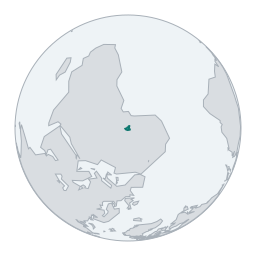 the Earth from above Sokoto, rotated 186°
{"feature_id": "NGA-2871", "entity_name": "Sokoto", "entity_type": "State", "adm_level": 1, "iso_a3": "NGA", "parent_name": "Nigeria", "parent_adm1": "", "projection": "orthographic", "projection_center": [5.256, 12.709], "detail": "fine", "context": "on_globe", "style": "filled", "palette": "teal", "viewbox_px": 256, "rotation_deg": 186, "n_neighbors": 0, "source": "natural_earth", "source_scale": "10m", "svg_char_len": 8971}
<svg xmlns="http://www.w3.org/2000/svg" viewBox="0 0 256 256"><g transform="rotate(186 128 128)"><circle cx="128" cy="128" r="113" fill="#eef3f6" stroke="#a8b0b8"/><path d="M97.6,19.5L88.5,22.7L90.4,22.1L87.0,23.7L87.9,23.7L85.4,24.7L88.3,23.9L90.4,23.0L92.4,22.4L93.2,22.4L90.1,23.6L89.3,23.8L88.8,24.2L86.9,24.9L88.2,24.6L84.4,26.3L89.3,24.7L87.1,26.2L84.3,27.3L83.2,27.0L74.0,30.0L70.8,31.7L67.3,34.0L63.7,38.4L60.7,40.6L57.7,43.7L59.9,42.4L63.1,39.6L66.5,38.3L70.0,35.4L71.9,34.6L76.0,32.0L76.8,32.8L75.4,35.0L72.0,37.3L71.3,38.4L75.7,36.7L70.5,41.9L69.1,47.1L67.6,48.6L62.6,50.2L59.6,48.5L53.1,51.9L58.7,50.2L54.9,54.6L54.9,55.7L55.9,55.9L58.0,54.6L56.9,56.3L51.0,58.3L51.8,56.7L53.7,56.0L52.3,55.4L48.2,57.3L46.6,59.7L42.2,61.2L41.0,63.0L39.4,64.6L41.6,61.4L37.5,67.3L32.1,71.9L26.4,82.9L30.4,73.6L30.9,71.8L31.0,71.0L30.0,72.7L30.8,71.1L35.4,63.8L40.6,56.9L46.3,50.4L52.5,44.4L59.2,38.8L66.2,33.8L73.6,29.4L81.3,25.5L89.3,22.2L97.6,19.5ZM23.3,86.4L23.3,86.7L20.4,94.7L23.3,86.4ZM19.9,96.5L19.4,99.6L17.5,107.2L16.9,111.9L17.4,111.9L17.7,114.9L19.1,111.0L20.8,109.8L19.6,116.2L21.5,111.0L21.9,114.8L26.0,117.0L25.4,118.3L28.7,128.0L34.2,133.6L35.5,138.8L34.7,141.4L37.0,143.1L37.1,145.0L48.1,150.9L55.2,157.2L55.9,163.8L51.9,170.2L52.6,185.0L46.5,187.8L47.9,193.5L48.3,200.6L44.2,198.4L48.4,203.3L48.7,205.1L46.9,204.3L49.2,207.1L48.0,206.5L50.7,208.9L52.8,211.6L56.8,215.1L59.1,217.1L52.7,211.8L46.8,206.0L46.6,205.9L43.0,202.0L39.9,198.2L35.5,191.7L25.4,171.0L23.4,166.2L20.3,159.4L16.2,141.2L15.9,135.2L15.6,131.7L16.6,123.9L17.3,114.9L17.2,113.2L16.5,115.8L17.1,108.7L18.5,101.6L18.6,101.2L19.9,96.5ZM24.7,86.5L24.1,94.2L22.8,93.5L23.4,92.8L23.8,90.0L24.2,86.9L23.5,86.9L24.7,86.5ZM28.0,81.5L28.0,80.7L28.2,81.0L28.0,81.5ZM75.3,31.9L75.6,31.9L74.7,32.4L75.3,31.9ZM76.8,30.7L75.4,31.2L75.9,30.7L76.7,30.5L76.8,30.7ZM78.3,30.4L77.0,29.9L77.9,29.2L81.7,27.6L78.3,30.4ZM90.8,22.7L88.6,23.7L89.7,22.9L90.8,22.7ZM91.1,22.4L91.8,21.4L95.5,20.2L94.5,20.6L98.7,19.3L100.1,19.1L98.1,19.9L95.5,20.6L98.0,20.0L91.1,22.4ZM93.3,22.1L93.2,21.9L96.3,20.8L97.3,21.0L95.9,21.3L93.3,22.1ZM99.1,19.1L101.6,18.5L103.5,18.1L104.7,17.9L100.5,19.1L99.1,19.1ZM95.6,21.5L97.7,21.2L96.8,21.8L93.7,22.2L95.6,21.5ZM96.8,20.5L98.3,20.0L97.7,20.3L96.8,20.5ZM95.1,24.1L94.8,23.7L96.4,23.0L95.1,24.1ZM98.5,21.0L98.7,20.8L99.4,20.6L100.5,20.5L98.5,21.0ZM102.1,18.8L102.3,18.9L103.9,18.3L105.3,18.2L102.3,19.1L104.2,18.7L104.6,18.6L101.6,19.4L102.1,18.8ZM103.5,19.7L100.1,21.1L100.3,21.9L98.8,22.5L98.8,21.1L103.5,19.7ZM102.7,19.4L102.9,19.7L101.0,20.1L99.7,20.2L102.7,19.4ZM107.4,17.9L106.0,17.8L106.7,17.7L107.4,17.9ZM103.9,19.8L104.8,19.5L104.2,19.8L103.9,19.8ZM106.8,18.3L106.2,18.3L107.0,18.1L106.8,18.3ZM106.9,19.0L105.8,19.4L104.9,19.4L106.9,19.0ZM107.1,18.6L108.4,18.4L105.2,19.2L106.7,18.6L107.1,18.6ZM107.7,18.2L108.0,18.0L107.8,18.2L107.7,18.2ZM111.0,18.9L107.2,19.9L105.1,19.9L109.2,18.9L111.0,18.9ZM64.5,221.0L66.7,222.5L66.8,222.6L64.5,221.0ZM64.2,220.5L64.5,220.4L65.6,221.0L65.6,221.3L64.2,220.5ZM152.9,18.1L152.5,18.1L151.4,17.8L150.9,17.7L152.9,18.1ZM237.5,101.7L235.7,95.2L236.2,98.1L235.0,94.0L231.6,87.0L231.7,91.1L232.7,104.0L234.8,114.7L234.3,120.2L228.6,106.5L224.8,96.9L223.5,98.5L217.1,91.6L208.1,94.0L206.2,91.7L204.6,93.4L199.9,91.8L196.7,88.0L194.2,88.9L202.7,98.8L205.3,98.0L206.5,93.1L208.5,96.9L212.9,99.6L210.4,110.7L196.0,123.0L193.5,115.1L176.8,95.4L176.6,92.9L176.5,92.6L176.2,92.2L175.9,96.3L172.6,92.4L182.7,106.4L184.9,112.8L195.8,123.5L195.1,124.9L198.2,126.9L207.1,122.0L207.3,124.7L203.9,138.1L190.7,157.4L191.8,168.4L189.8,178.0L180.2,185.5L179.7,192.5L174.6,195.5L173.3,199.5L168.4,204.1L160.8,208.6L149.2,209.6L149.5,206.2L145.3,199.8L140.0,183.1L144.0,174.9L143.5,168.6L135.0,154.9L136.9,146.8L134.4,143.5L129.3,144.5L126.2,140.6L123.0,140.6L102.3,143.7L95.4,138.4L85.6,122.1L88.9,115.8L88.5,108.3L110.3,83.5L116.1,84.8L134.6,81.0L137.2,81.7L136.3,87.4L151.3,93.4L154.5,88.4L166.8,91.1L174.1,90.1L174.4,79.5L162.4,80.8L159.0,76.0L167.6,70.7L177.9,70.1L176.9,68.3L169.3,64.9L170.6,61.3L166.6,63.5L169.0,65.1L166.6,66.7L164.2,65.4L164.7,64.0L161.3,63.6L159.6,70.5L161.9,73.0L153.7,75.0L156.7,79.4L154.9,81.8L149.0,75.3L148.7,72.8L138.8,66.4L138.3,69.2L147.7,75.6L145.3,75.2L144.7,79.6L143.2,76.0L133.1,68.8L124.9,71.0L116.4,82.1L111.2,83.2L106.0,81.3L107.2,70.6L118.6,69.3L119.2,66.0L115.3,61.6L119.1,61.8L118.9,60.0L123.1,59.5L127.4,55.0L131.3,54.4L131.5,49.2L133.6,48.3L132.9,51.5L134.6,53.6L144.3,52.6L145.7,51.4L145.1,48.2L147.8,48.6L145.9,45.7L150.8,44.1L143.2,43.8L142.2,40.7L144.3,38.1L142.6,37.2L139.2,41.4L139.1,43.2L141.1,44.8L139.6,50.4L136.6,51.6L133.1,45.9L128.4,47.1L127.8,42.7L137.4,33.2L142.1,31.4L153.3,34.2L153.0,36.1L148.9,35.8L154.1,38.7L153.0,37.1L155.3,37.6L155.0,35.2L156.6,35.4L153.4,32.8L155.4,32.9L157.3,34.5L158.4,31.4L162.0,31.2L161.5,30.5L159.9,29.7L165.5,30.2L164.9,29.7L162.8,29.2L160.2,27.9L157.7,26.0L159.8,26.3L161.0,27.0L166.5,29.2L169.3,31.4L169.9,31.4L168.0,29.5L161.2,26.8L159.1,25.6L162.4,26.6L161.1,26.1L160.7,25.6L162.3,25.5L158.7,24.3L151.7,19.8L154.1,19.5L157.8,20.6L155.1,18.9L158.0,19.4L156.0,18.9L154.1,18.4L162.1,20.6L169.9,23.4L177.4,26.8L184.7,30.7L191.7,35.1L198.4,40.0L204.6,45.4L210.5,51.3L215.9,57.5L220.8,64.2L225.2,71.2L229.2,78.4L232.5,86.0L235.3,93.8L237.5,101.7ZM104.2,96.1L104.0,98.3L104.2,96.1ZM189.9,75.1L195.4,74.6L191.0,68.7L192.7,68.1L190.5,66.5L190.6,68.3L185.1,63.8L186.7,61.7L185.1,59.2L183.1,59.3L181.1,64.1L188.9,70.3L188.5,73.1L189.9,75.1ZM26.2,117.0L26.5,118.6L25.8,118.2L26.2,117.0ZM21.8,95.9L22.1,96.5L22.0,97.8L21.6,97.7L21.8,95.9ZM26.2,100.2L26.9,101.4L25.8,101.3L26.2,100.2ZM24.2,95.2L25.6,99.6L23.5,100.2L22.8,97.6L23.8,97.9L24.2,95.2ZM26.2,84.8L26.2,85.5L25.6,86.6L26.2,84.8ZM28.2,81.8L28.4,80.7L28.2,81.8ZM55.3,54.5L55.7,54.4L56.4,55.0L55.3,55.4L55.3,54.5ZM64.0,54.1L62.2,57.0L62.7,55.1L60.9,56.1L59.7,53.6L66.8,49.3L63.8,51.6L64.0,54.1ZM60.2,49.5L60.1,51.3L59.9,49.5L60.2,49.5ZM113.7,51.7L115.6,52.6L114.8,54.6L109.7,56.4L110.9,53.4L113.7,51.7ZM118.6,53.5L116.5,48.0L119.6,46.9L118.2,48.4L120.4,48.3L118.8,50.7L123.7,55.5L123.3,57.7L114.2,59.2L117.4,57.4L115.3,56.4L118.6,53.5ZM105.9,38.4L105.0,36.8L112.8,36.6L112.7,38.2L107.6,39.8L104.8,38.9L105.9,38.4ZM85.4,28.1L84.6,28.1L85.4,27.7L86.8,27.3L85.4,28.1ZM94.8,23.9L89.9,28.0L88.7,28.1L87.2,30.7L83.5,32.1L84.6,30.3L80.6,33.6L80.1,32.5L77.8,34.8L80.5,30.5L79.9,29.9L82.0,30.0L85.5,28.6L86.8,27.9L90.0,25.5L90.3,23.9L93.8,22.6L96.1,22.2L96.6,22.4L94.2,23.1L96.5,22.8L93.4,24.0L94.8,23.9ZM121.7,21.8L118.8,21.8L122.9,23.0L119.8,23.6L120.5,23.7L118.7,24.6L117.8,26.1L116.2,26.2L116.5,26.7L115.4,27.5L115.3,28.3L112.4,29.0L112.1,30.1L110.9,29.8L111.1,31.6L109.6,30.6L108.0,31.7L110.3,32.1L94.9,35.3L89.5,38.0L85.9,40.9L83.9,39.2L86.1,35.6L90.5,31.6L95.9,29.5L94.0,29.3L96.1,28.3L96.7,28.9L97.0,27.5L98.8,26.9L102.7,24.3L101.9,23.0L103.4,22.2L104.6,22.4L105.1,21.5L108.4,21.5L109.5,21.0L113.8,20.6L115.5,21.6L116.6,21.0L119.9,20.9L121.7,21.8ZM112.2,18.8L115.0,19.5L114.7,20.3L107.3,20.6L105.9,21.1L101.2,21.7L101.7,20.7L103.0,20.6L104.4,20.2L103.7,20.7L105.3,20.1L107.2,20.0L108.9,19.5L109.4,19.8L112.2,18.8ZM139.3,79.5L141.1,79.6L143.8,79.2L143.5,82.1L139.3,79.5ZM132.3,74.7L133.8,74.2L134.7,77.7L132.8,77.8L132.3,74.7ZM133.9,71.1L133.9,73.9L132.8,72.4L133.9,71.1ZM134.2,51.0L135.8,50.5L136.2,51.2L135.7,52.4L134.2,51.0ZM133.3,26.6L131.6,26.1L131.9,25.8L129.8,24.3L132.0,24.0L134.1,24.7L133.3,26.6ZM172.8,81.5L171.1,83.7L169.8,82.9L170.7,82.3L172.8,81.5ZM156.9,83.0L160.9,83.9L156.8,83.7L156.9,83.0ZM135.3,25.9L134.1,25.3L135.9,25.5L135.3,25.9ZM133.4,23.6L135.3,23.7L132.0,23.8L133.4,23.6ZM194.7,217.7L194.0,218.6L193.1,219.0L194.7,217.7ZM205.1,173.7L196.1,191.1L192.0,191.9L192.3,187.4L196.3,177.1L201.6,173.4L204.4,168.4L205.1,173.7ZM240.3,119.5L240.1,117.5L240.1,117.2L240.3,119.5ZM235.2,115.6L236.8,121.4L236.3,122.9L235.2,115.6ZM151.9,24.0L152.4,26.2L154.2,28.1L157.4,29.3L153.1,28.8L150.3,25.9L151.9,24.0ZM151.5,20.2L148.7,19.5L149.7,19.4L150.5,19.5L151.5,20.2ZM149.9,20.0L146.9,20.0L145.1,19.4L147.9,19.5L149.9,20.0ZM141.2,22.3L141.2,23.0L139.7,22.7L141.2,22.3ZM151.0,17.7L149.4,17.4L149.6,17.5L151.0,17.7ZM145.3,16.7L146.2,16.9L144.4,16.6L145.3,16.7ZM148.2,17.4L146.1,16.9L149.4,17.5L148.2,17.4Z" fill="#d9dde1" stroke="#a8b0b8" stroke-width="1"/><path d="M128.5,125.7L129.1,125.9L129.7,126.1L129.8,126.1L130.0,126.1L130.4,126.4L130.7,126.8L130.9,127.1L130.6,127.2L130.4,127.2L130.2,127.2L129.9,127.2L129.9,127.3L129.7,127.3L129.6,127.8L129.4,127.9L128.9,128.0L128.7,128.3L128.6,128.5L128.6,128.8L127.9,128.9L127.6,128.9L127.6,129.1L127.6,130.0L127.4,130.0L126.9,130.2L126.7,130.3L126.6,130.2L126.7,129.8L126.8,129.5L126.8,128.8L126.8,128.6L127.0,128.6L127.1,128.1L127.2,127.9L127.1,127.7L127.1,127.4L127.2,127.2L127.0,127.3L126.9,127.3L126.7,127.2L126.4,127.1L126.2,127.0L125.8,127.0L125.8,126.5L126.0,126.5L126.4,126.2L126.5,126.1L126.8,126.0L127.2,125.9L127.3,125.9L127.3,126.0L127.5,126.0L127.9,126.0L128.0,126.0L128.0,125.9L128.2,125.7L128.5,125.7Z" fill="#14b8a6" stroke="#0f766e" stroke-width="1.5"/></g></svg>